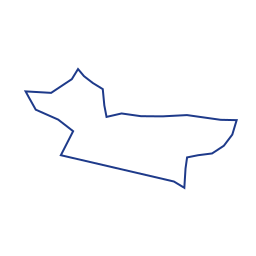 the state/province of Canillo, rotated 188°
{"feature_id": "AND-4879", "entity_name": "Canillo", "entity_type": "state/province", "adm_level": 1, "iso_a3": "AND", "parent_name": "Andorra", "parent_adm1": "", "projection": "robinson", "projection_center": [1.655, 42.581], "detail": "fine", "context": "isolated", "style": "outline", "palette": "blue", "viewbox_px": 256, "rotation_deg": 188, "n_neighbors": 0, "source": "natural_earth", "source_scale": "10m", "svg_char_len": 507}
<svg xmlns="http://www.w3.org/2000/svg" viewBox="0 0 256 256"><g transform="rotate(188 128 128)"><path d="M63.9,76.6L75.1,81.4L190.7,91.7L181.9,117.2L198.3,126.6L221.9,133.3L230.5,144.6L234.5,150.0L209.0,152.1L190.4,168.6L185.7,179.4L178.8,173.2L169.0,167.6L158.4,163.0L154.6,147.1L150.8,136.0L136.4,141.5L116.8,141.5L95.6,144.3L71.4,149.0L51.7,149.0L37.4,149.0L21.5,150.9L23.8,136.0L30.6,123.8L41.2,114.5L54.8,110.8L65.4,107.1L65.4,95.9L63.9,76.6Z" fill="none" stroke="#1e3a8a" stroke-width="2"/></g></svg>